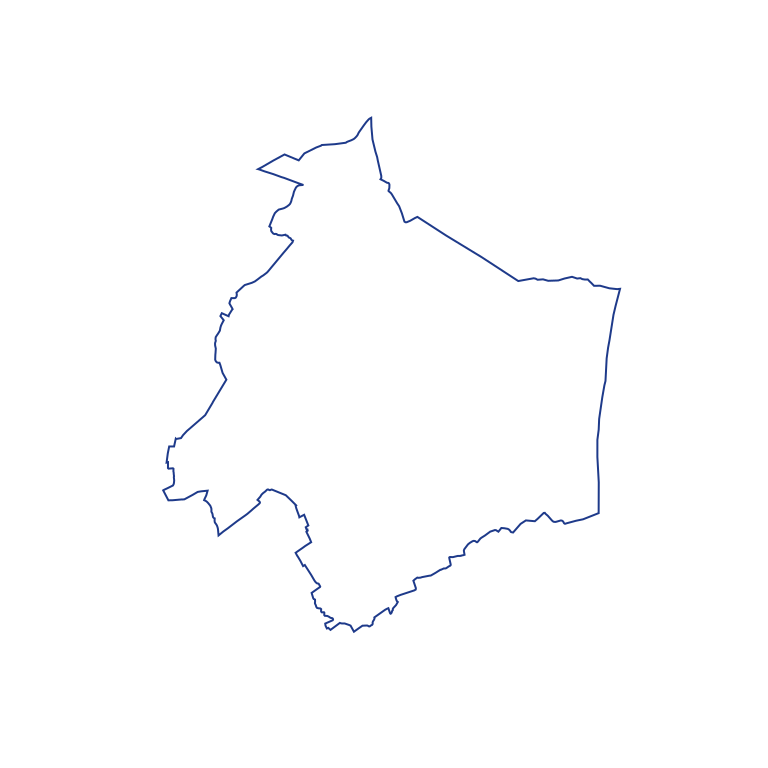 outline of Chau Thanh, Hau Giang, Vietnam, rotated 46°
{"feature_id": "81297802B83209776142835", "entity_name": "Chau Thanh", "entity_type": "district", "adm_level": 2, "iso_a3": "VNM", "parent_name": "Vietnam", "parent_adm1": "Hau Giang", "projection": "equal_earth", "projection_center": [105.811, 9.921], "detail": "fine", "context": "isolated", "style": "outline", "palette": "blue", "viewbox_px": 768, "rotation_deg": 46, "n_neighbors": 0, "source": "geoboundaries", "source_scale": "gbopen_adm2", "svg_char_len": 6153}
<svg xmlns="http://www.w3.org/2000/svg" viewBox="0 0 768 768"><g transform="rotate(46 384 384)"><path d="M183.6,208.3L183.1,210.1L183.0,211.2L183.3,215.0L183.9,218.7L185.5,227.1L185.9,228.4L186.5,229.9L186.8,231.6L186.9,233.8L186.8,235.4L186.4,236.8L185.9,238.3L184.6,241.3L184.1,242.6L183.9,243.9L177.4,252.7L168.9,262.7L168.8,263.1L168.8,263.8L166.8,268.4L162.8,281.1L163.9,290.0L149.8,296.1L146.3,308.7L143.3,320.9L142.0,325.3L143.0,324.7L147.9,322.3L156.0,317.9L164.0,314.0L166.3,312.7L180.3,306.0L184.9,303.7L184.3,304.3L182.2,306.9L181.6,308.3L181.4,309.8L181.6,311.1L182.4,313.3L183.2,315.3L185.3,318.6L186.7,321.6L188.0,323.6L188.7,325.1L189.2,326.7L189.2,328.2L188.9,330.7L188.2,333.4L187.5,334.9L185.4,338.6L185.2,341.7L185.3,343.9L186.7,347.6L187.7,349.6L191.0,357.0L192.4,356.7L193.4,356.7L194.2,357.7L195.0,358.4L196.1,359.0L196.9,359.0L198.5,359.2L199.3,359.0L200.1,358.6L200.7,357.7L201.5,357.1L202.2,357.1L203.3,356.7L206.2,354.3L208.2,351.1L209.1,351.3L209.5,351.1L209.8,350.7L210.3,350.4L212.4,350.7L214.2,350.0L216.2,350.4L217.3,350.2L217.7,349.9L218.5,351.4L218.8,355.3L219.4,360.7L219.8,365.1L222.5,389.7L222.5,391.2L222.0,395.4L221.5,397.6L221.0,402.1L220.5,405.7L219.4,408.8L216.1,415.4L216.0,416.6L215.8,426.6L217.7,428.0L218.5,429.2L218.9,430.6L218.6,431.7L216.2,434.1L217.5,437.3L218.5,439.1L219.7,439.5L223.3,440.4L225.0,440.9L225.1,442.0L226.3,446.8L226.6,447.6L227.3,448.7L220.4,451.5L221.5,454.5L226.8,455.0L228.3,459.5L228.9,460.9L229.8,462.5L231.6,465.0L232.5,468.4L232.9,470.5L233.4,472.5L234.2,473.5L235.1,474.4L236.1,475.0L237.1,476.9L237.7,477.6L239.1,478.8L241.7,480.4L244.6,483.6L245.8,485.0L249.3,488.6L250.9,489.2L252.4,489.2L253.7,488.4L254.4,487.6L256.7,488.6L263.9,492.4L271.4,494.4L278.1,519.6L278.4,520.3L282.2,534.3L280.9,558.5L281.2,564.1L281.9,567.6L279.3,571.5L278.9,571.8L278.7,571.8L283.1,578.4L279.7,581.9L283.7,587.7L289.5,595.0L290.2,593.7L294.4,597.8L295.2,597.8L298.0,594.4L298.7,594.3L300.7,596.3L301.3,596.6L303.1,598.1L304.5,599.1L304.9,599.8L307.6,601.9L308.9,603.4L309.8,604.6L310.4,606.3L308.4,612.6L307.3,615.8L307.1,616.7L317.9,619.9L320.7,616.9L326.7,609.5L326.9,609.4L328.3,607.7L330.8,598.8L332.2,593.0L334.1,590.2L338.2,585.0L340.7,589.3L342.1,593.1L342.6,594.1L344.1,593.5L345.6,593.2L347.5,593.2L350.8,593.5L353.1,594.4L353.8,594.8L354.7,595.6L356.0,596.9L357.5,597.3L358.4,597.7L360.1,598.9L361.2,599.5L362.0,599.5L362.8,599.4L363.1,599.2L364.3,600.5L365.0,601.1L365.8,601.7L366.4,601.9L368.6,602.2L370.0,602.6L371.5,603.3L372.7,604.0L374.0,605.0L378.0,608.2L378.5,602.0L379.3,596.7L380.6,585.2L382.2,574.8L382.5,572.5L382.8,567.6L382.9,564.7L383.4,558.0L383.4,556.4L383.2,555.7L382.8,555.4L382.0,555.2L379.5,555.5L379.1,551.0L378.7,549.9L378.5,548.5L378.5,546.7L378.8,544.3L378.8,541.6L379.1,540.9L379.4,540.6L380.8,540.1L381.2,539.7L381.7,538.4L382.0,538.0L395.8,531.9L403.7,531.6L410.2,531.5L410.1,532.1L412.4,533.4L415.7,534.9L420.0,536.8L421.1,537.5L422.6,532.3L433.2,536.7L432.7,539.8L435.2,540.9L435.5,540.2L436.5,540.8L436.4,542.5L443.8,544.9L447.2,546.3L445.8,553.2L445.4,556.1L444.0,564.8L447.4,565.8L447.9,565.8L453.1,567.0L458.8,568.7L459.2,566.7L470.7,569.0L476.8,570.5L478.5,570.8L479.9,570.8L481.0,570.6L482.1,569.8L482.5,569.8L484.8,570.4L485.4,570.6L485.6,571.0L485.0,574.7L484.0,581.2L489.1,583.8L489.9,583.9L490.6,583.5L491.2,583.4L492.5,584.6L493.0,585.1L493.5,585.8L494.1,586.2L494.8,586.4L495.9,586.8L497.2,587.5L497.8,587.6L498.6,587.7L500.0,586.8L501.1,585.8L501.7,585.6L502.3,585.6L503.7,587.1L504.5,587.4L505.2,587.3L506.0,586.2L506.6,585.7L507.1,585.8L508.7,587.5L509.6,587.6L511.5,585.9L513.1,585.3L514.2,585.1L515.2,584.8L516.5,583.9L517.1,583.8L517.7,584.0L518.2,584.4L518.3,585.1L515.5,592.7L517.0,593.8L517.9,594.2L520.2,594.9L520.7,593.5L523.7,593.3L525.2,581.7L526.1,581.3L526.9,580.7L529.0,578.6L533.1,576.5L534.6,575.9L541.3,577.7L542.2,571.7L542.9,567.4L545.9,564.0L546.5,563.6L547.7,563.3L548.4,562.7L548.7,560.7L549.0,559.8L548.7,558.8L547.6,557.8L547.1,556.8L546.6,554.8L546.0,553.6L545.2,553.1L547.2,540.0L547.8,537.9L548.3,536.6L553.0,538.8L553.7,538.9L553.9,538.8L553.9,537.8L553.5,536.8L553.0,536.1L552.7,534.6L552.0,534.1L551.6,532.9L551.4,528.9L550.4,525.5L549.3,525.6L548.1,525.2L546.3,524.3L545.3,523.7L545.8,522.0L547.2,518.6L553.5,505.6L553.9,504.0L553.0,502.9L545.9,499.5L546.0,497.1L546.4,494.5L547.3,493.9L548.6,492.3L549.4,490.7L553.3,484.7L554.3,483.4L555.5,478.7L556.8,472.5L557.1,472.3L558.2,469.2L559.3,468.0L559.7,467.2L560.2,464.2L560.7,462.5L560.5,461.7L560.0,461.3L555.4,458.5L554.2,457.7L554.1,457.2L554.3,456.7L556.4,454.7L558.9,450.4L560.5,448.7L560.7,448.3L561.0,448.1L561.3,447.3L562.2,445.9L562.8,444.7L559.4,442.4L558.8,441.4L558.6,440.8L557.7,435.0L557.9,432.6L558.6,429.5L559.1,428.5L559.9,427.8L560.5,427.5L562.2,427.2L562.6,426.8L562.6,425.8L562.1,422.0L562.3,420.5L563.1,416.7L564.0,410.0L564.2,409.7L566.1,405.7L566.9,405.0L569.7,404.3L569.1,399.6L571.4,397.6L574.2,395.6L575.6,395.2L577.2,395.2L578.4,395.5L578.9,395.4L580.5,394.3L579.5,382.9L580.7,376.7L587.5,370.8L587.7,367.3L587.7,358.7L588.4,357.8L589.3,358.0L592.5,357.7L599.0,358.0L599.9,357.9L600.6,357.8L601.2,357.5L602.2,356.6L602.7,355.9L604.5,352.5L604.9,351.7L605.6,351.1L606.2,350.8L606.8,350.7L607.5,350.7L609.3,351.2L610.3,350.9L611.1,349.3L615.8,340.8L619.6,334.8L626.0,319.3L603.9,297.8L584.7,281.2L572.4,269.3L566.0,261.3L558.6,253.5L545.2,236.2L538.0,226.3L535.7,222.6L520.2,206.0L513.5,197.5L509.3,191.6L493.6,170.8L488.6,163.0L487.2,160.7L479.5,148.1L477.7,150.4L471.7,155.4L463.4,160.3L459.3,164.7L455.2,164.7L453.5,164.8L450.4,164.8L448.3,167.0L446.3,168.5L444.3,169.2L442.3,171.8L437.5,174.3L433.5,180.9L430.6,186.7L423.8,194.2L419.2,196.9L415.7,201.1L413.5,201.8L411.9,202.9L403.2,215.9L360.4,225.7L320.2,236.2L287.0,243.9L286.1,246.5L284.8,251.7L283.4,255.3L282.6,256.2L281.4,256.5L273.7,252.6L266.6,249.6L263.2,249.0L253.0,246.6L251.3,246.4L248.4,246.7L248.0,246.4L246.8,244.1L244.5,241.7L243.8,241.3L243.0,241.1L242.5,241.1L241.4,242.0L240.4,242.3L237.6,243.1L234.3,244.3L233.9,242.8L232.4,241.4L218.9,233.2L216.0,231.3L211.0,228.8L200.1,222.4L190.1,214.3L183.6,208.3Z" fill="none" stroke="#1e3a8a" stroke-width="2"/></g></svg>